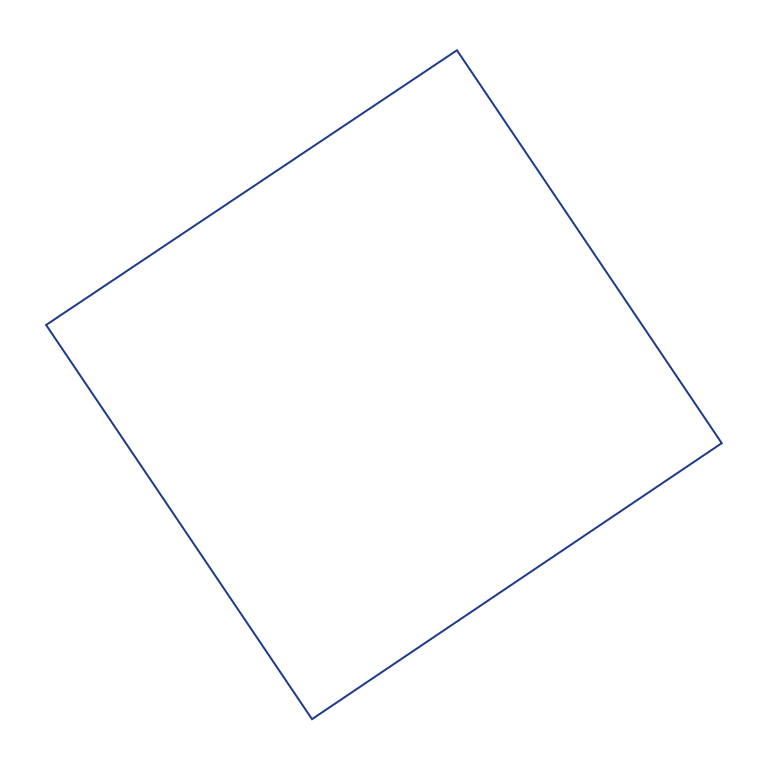 Buena Vista, Iowa, United States of America (Equal Earth projection), rotated 146°
{"feature_id": "52423323B32669676915102", "entity_name": "Buena Vista", "entity_type": "district", "adm_level": 2, "iso_a3": "USA", "parent_name": "United States of America", "parent_adm1": "Iowa", "projection": "equal_earth", "projection_center": [-95.199, 42.735], "detail": "fine", "context": "isolated", "style": "outline", "palette": "blue", "viewbox_px": 768, "rotation_deg": 146, "n_neighbors": 0, "source": "geoboundaries", "source_scale": "gbopen_adm2", "svg_char_len": 226}
<svg xmlns="http://www.w3.org/2000/svg" viewBox="0 0 768 768"><g transform="rotate(146 384 384)"><path d="M137.1,146.1L136.9,619.9L631.1,621.9L631.1,146.4L137.1,146.1Z" fill="none" stroke="#1e3a8a" stroke-width="2"/></g></svg>